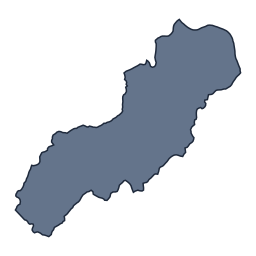 the district of Cafelândia, São Paulo, Brazil
{"feature_id": "56859067B56481276286915", "entity_name": "Cafelândia", "entity_type": "district", "adm_level": 2, "iso_a3": "BRA", "parent_name": "Brazil", "parent_adm1": "São Paulo", "projection": "robinson", "projection_center": [-49.562, -21.732], "detail": "fine", "context": "isolated", "style": "filled", "palette": "slate", "viewbox_px": 256, "rotation_deg": 0, "n_neighbors": 0, "source": "geoboundaries", "source_scale": "gbopen_adm2", "svg_char_len": 4461}
<svg xmlns="http://www.w3.org/2000/svg" viewBox="0 0 256 256"><path d="M240.1,68.8L238.8,65.8L237.9,63.4L236.9,60.7L235.8,58.4L235.4,56.7L235.0,54.1L234.9,51.3L234.7,49.6L234.4,47.7L234.0,45.2L233.7,43.1L232.9,41.0L232.6,39.3L232.0,37.7L230.8,35.5L229.7,33.8L227.6,31.7L226.4,30.8L225.2,30.2L222.9,29.1L220.1,28.1L217.1,26.9L215.6,26.5L212.5,25.4L209.5,25.1L207.7,25.3L205.4,26.5L203.9,27.0L201.6,27.8L198.3,29.5L196.9,29.9L195.0,30.0L193.1,29.9L191.2,29.3L189.1,28.2L187.6,27.3L185.1,25.3L183.7,24.0L182.1,22.8L181.0,21.6L179.3,19.4L177.3,20.8L175.7,22.6L174.2,24.5L173.6,26.1L173.3,28.0L173.2,29.8L173.0,31.3L172.1,32.7L170.8,34.2L168.7,35.9L167.0,36.2L164.8,36.1L162.3,36.1L160.7,36.6L159.6,37.4L157.9,38.1L156.7,39.2L155.4,40.3L155.4,42.0L156.2,43.7L156.2,46.4L155.9,50.7L155.6,53.1L155.2,55.4L154.9,57.4L155.5,60.4L156.2,62.6L155.5,65.3L154.5,66.6L152.5,67.3L150.6,66.4L149.8,64.1L149.3,62.7L147.8,61.0L146.7,60.3L146.1,62.8L145.2,64.4L143.3,64.7L141.9,64.3L140.0,64.1L138.5,65.2L137.3,65.9L135.9,66.6L133.8,67.7L131.9,68.8L129.8,69.8L126.2,71.2L125.1,72.1L124.0,73.0L124.7,74.8L125.2,77.3L124.6,79.6L125.9,80.5L126.7,82.3L126.2,84.4L127.3,85.9L125.7,87.2L126.3,89.3L126.4,91.6L125.1,93.9L123.6,94.9L122.8,96.7L122.7,98.7L122.9,101.6L122.5,104.5L122.7,107.2L122.2,109.3L122.7,111.0L121.7,112.7L120.6,113.7L119.2,115.0L117.5,115.9L116.4,117.1L114.9,118.0L113.1,118.9L112.1,120.1L111.0,121.0L109.4,121.8L107.0,122.4L105.7,123.3L103.8,123.3L102.6,124.4L101.1,125.4L99.0,126.3L97.5,127.2L96.1,127.5L94.8,127.2L93.4,127.2L91.6,126.6L89.5,126.1L88.1,127.0L86.7,126.8L84.8,125.8L83.1,125.2L81.5,125.9L79.9,126.5L77.9,127.3L76.6,128.4L75.1,128.4L73.7,128.8L72.1,129.7L69.9,131.1L68.3,132.3L67.1,133.2L65.2,132.7L62.8,132.6L60.8,131.7L58.9,131.4L56.8,132.2L55.8,133.3L54.5,134.2L53.1,135.1L52.4,137.0L52.4,138.9L51.7,140.2L51.6,142.0L53.7,144.9L51.8,145.8L50.2,146.3L48.8,146.9L47.6,148.4L47.4,150.3L46.0,151.1L44.7,151.8L43.1,152.1L41.8,152.7L40.9,154.4L39.7,156.9L39.9,159.5L39.9,161.6L39.2,163.2L38.1,164.2L36.5,165.0L35.1,165.4L33.2,165.7L31.7,165.3L31.0,167.4L30.5,169.2L29.6,170.7L28.9,172.3L28.2,174.9L27.5,176.9L26.5,178.8L26.0,180.8L25.0,182.2L24.0,183.2L23.8,184.8L23.1,186.8L21.6,189.3L20.3,190.6L18.7,190.7L17.5,191.4L16.8,192.9L16.0,194.2L15.8,195.9L16.8,197.0L18.6,197.8L19.9,199.3L20.4,201.4L20.0,204.1L18.3,205.0L17.0,206.5L16.5,208.1L15.4,210.0L24.6,219.8L26.5,220.4L27.7,221.7L28.6,223.4L29.9,224.2L31.8,223.8L33.2,224.2L33.5,225.9L32.4,228.4L32.1,230.0L33.2,231.8L34.5,232.8L36.4,232.1L37.8,231.9L39.3,232.6L40.5,233.2L42.5,234.8L44.7,235.1L46.8,235.8L48.8,236.6L50.1,235.5L51.3,234.5L51.6,232.8L52.3,231.2L53.5,229.8L54.4,227.4L56.4,226.3L58.5,225.1L60.5,223.7L62.2,223.0L63.0,221.5L64.6,220.6L64.6,218.6L64.2,216.3L67.3,213.8L68.6,212.0L69.6,210.8L71.2,208.8L72.7,207.6L73.5,205.7L74.5,204.8L75.8,203.8L77.0,202.8L78.2,202.1L79.6,200.6L80.5,199.0L81.4,197.3L82.9,195.0L84.5,193.8L85.7,193.0L86.9,192.0L89.1,191.5L91.1,190.2L92.9,191.7L93.3,194.2L94.8,195.1L97.0,196.3L98.8,197.3L100.7,197.8L102.0,198.1L103.7,198.9L104.6,200.2L107.0,200.4L108.5,198.8L110.0,196.8L110.3,195.3L110.8,193.4L112.9,192.0L115.7,191.9L117.2,191.4L117.9,190.1L118.6,188.3L119.0,186.8L119.4,185.2L120.7,184.0L122.5,182.5L123.9,180.8L125.4,180.3L126.6,181.1L127.7,181.9L129.7,183.7L131.0,185.6L131.6,187.6L132.2,189.3L132.8,190.9L133.4,192.3L135.2,191.1L137.8,190.2L139.8,190.8L142.1,191.0L143.5,190.1L143.6,187.9L143.3,185.7L143.1,183.3L145.0,182.7L146.6,182.4L147.7,181.6L149.0,179.5L150.9,178.0L152.9,175.9L154.3,174.4L155.7,173.9L157.7,174.2L158.7,171.3L159.3,168.3L160.4,167.0L161.8,166.5L163.3,165.6L165.8,162.8L166.9,161.7L167.8,160.5L169.2,158.5L171.3,156.7L172.9,155.7L174.2,155.1L176.2,154.8L178.0,155.2L180.5,156.1L182.7,156.5L184.0,154.1L185.6,152.4L185.3,150.0L185.0,148.0L187.2,147.3L188.4,145.9L189.6,144.0L192.0,142.3L193.0,141.2L193.7,139.1L193.9,137.6L192.9,136.5L191.1,133.2L191.0,131.2L190.5,129.8L191.7,127.1L193.3,125.6L194.6,124.6L194.3,122.2L194.7,119.9L196.1,119.3L196.6,117.6L196.4,115.4L196.3,112.9L196.6,110.5L197.4,108.9L199.1,108.0L200.6,107.5L202.0,108.7L203.3,108.2L204.7,107.0L205.6,105.5L205.8,103.4L204.6,102.0L204.8,100.1L207.4,99.6L208.5,94.7L210.4,94.5L211.8,94.3L213.1,93.5L214.9,91.5L216.1,90.4L217.6,90.0L221.2,89.8L223.9,89.0L225.7,89.0L228.0,87.6L230.2,86.3L231.7,84.6L232.5,82.9L233.6,81.2L235.2,79.0L236.1,77.5L237.4,76.1L239.2,74.5L240.6,72.8L240.1,70.8L240.1,68.8Z" fill="#64748b" stroke="#1e293b" stroke-width="1.5"/></svg>